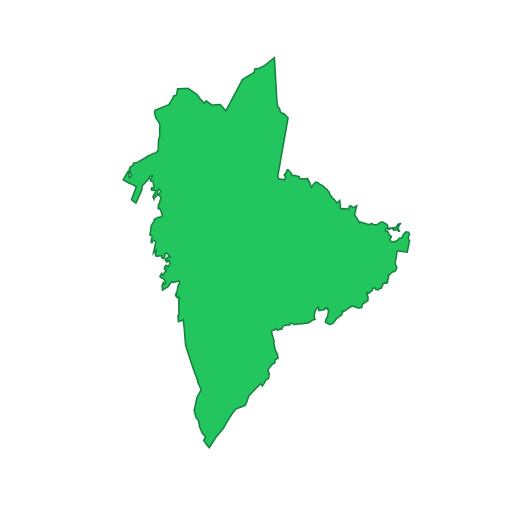 Stalbes pag., Pargaujas, Latvia (Robinson projection), rotated 283°
{"feature_id": "27541924B34232814184003", "entity_name": "Stalbes pag.", "entity_type": "district", "adm_level": 2, "iso_a3": "LVA", "parent_name": "Latvia", "parent_adm1": "Pargaujas", "projection": "robinson", "projection_center": [25.027, 57.415], "detail": "fine", "context": "isolated", "style": "filled", "palette": "green", "viewbox_px": 512, "rotation_deg": 283, "n_neighbors": 0, "source": "geoboundaries", "source_scale": "gbopen_adm2", "svg_char_len": 6121}
<svg xmlns="http://www.w3.org/2000/svg" viewBox="0 0 512 512"><g transform="rotate(283 256 256)"><path d="M319.0,115.8L317.4,115.7L315.2,114.7L315.2,114.4L314.5,113.5L312.5,113.0L308.6,115.0L306.6,116.6L303.8,115.1L305.0,114.4L307.3,113.7L307.7,113.8L309.1,113.2L310.0,112.5L308.2,111.7L300.3,109.5L298.2,116.5L298.1,118.1L296.7,123.8L282.8,122.0L280.5,127.1L295.3,130.0L298.5,129.2L306.7,134.0L309.3,134.3L310.2,135.3L310.8,137.0L309.0,136.9L307.6,135.6L305.3,136.5L305.5,138.4L305.0,139.1L299.6,141.2L299.0,140.4L299.0,139.0L297.4,138.9L296.8,139.5L296.7,140.0L297.1,141.0L297.2,143.5L294.0,143.4L292.9,142.7L290.5,142.3L288.4,143.8L289.3,143.8L293.0,146.0L298.8,145.8L299.1,147.1L297.4,148.7L293.7,147.3L291.4,150.6L288.1,150.0L286.6,150.2L284.3,149.5L282.2,149.6L280.0,150.3L280.9,151.2L278.9,153.0L274.0,155.8L271.9,153.7L272.1,152.5L268.7,148.6L266.7,148.9L265.4,148.2L261.7,147.0L257.6,147.6L252.6,147.8L252.9,148.7L251.6,150.3L249.4,150.8L249.1,150.3L246.8,150.5L245.5,151.0L245.7,151.8L247.2,151.7L248.3,153.9L246.9,155.2L235.7,155.4L238.9,157.2L234.1,157.8L233.6,158.4L233.3,159.1L233.6,160.0L235.2,164.0L233.7,164.2L232.5,165.7L233.0,166.8L235.3,167.2L238.4,166.9L238.6,168.5L235.8,172.7L235.0,170.4L233.9,169.7L233.3,168.7L231.8,168.4L230.1,170.4L231.6,171.0L231.0,171.6L232.0,172.2L230.0,173.6L228.3,173.7L225.4,172.6L226.9,170.8L225.4,169.6L222.8,169.5L222.4,170.6L222.2,172.0L218.6,170.2L216.2,169.7L217.7,167.9L214.4,167.0L213.5,168.6L212.7,171.6L210.6,173.6L208.5,173.7L207.8,172.8L209.3,171.6L205.8,171.2L201.7,172.6L206.4,177.3L212.2,179.6L211.7,181.1L211.9,182.0L214.4,186.7L214.0,186.7L212.6,187.7L209.7,186.8L208.9,187.0L208.5,186.8L206.5,186.8L204.7,187.2L203.4,187.0L202.9,186.7L201.7,186.7L201.4,186.4L200.5,187.1L199.8,186.4L199.2,186.5L199.1,186.8L199.4,186.9L198.9,187.4L199.1,187.5L198.6,187.7L198.6,188.0L198.2,188.1L198.3,188.6L197.7,188.8L198.0,189.4L198.3,189.5L197.9,189.7L198.0,190.3L197.5,190.5L197.6,191.0L196.5,190.5L181.4,194.1L180.3,193.3L174.6,195.2L175.4,196.7L177.5,199.4L169.7,202.2L153.0,207.5L132.2,220.1L121.9,226.9L121.8,227.4L120.2,227.5L113.3,232.7L105.2,230.3L91.6,230.5L85.4,233.7L83.5,236.1L81.8,237.4L77.0,239.4L71.4,243.4L68.3,247.6L64.7,246.5L61.5,249.8L58.6,253.5L70.5,257.8L81.0,263.1L89.2,265.5L96.8,268.2L102.2,270.6L108.1,279.1L111.6,279.8L118.2,280.5L132.5,289.1L130.8,291.4L131.5,291.4L132.5,292.2L137.7,293.6L139.1,295.7L139.4,295.8L144.4,295.4L147.0,293.5L148.4,293.5L153.4,295.7L156.2,298.4L156.8,298.5L158.2,297.9L159.1,297.8L161.5,300.6L165.5,298.6L169.1,295.7L171.3,294.7L174.7,293.1L177.6,292.6L182.0,290.0L186.0,288.1L187.1,288.7L188.1,290.6L189.7,291.5L189.3,291.9L188.5,294.0L189.8,295.3L190.5,297.5L193.9,298.3L194.8,299.5L195.2,301.2L195.9,302.0L196.2,304.3L198.1,304.4L198.5,306.2L197.7,308.6L199.2,312.1L200.2,316.0L201.2,317.9L202.1,321.1L203.2,322.9L206.6,325.8L207.5,327.8L208.2,327.1L212.0,326.0L215.6,326.0L217.1,326.6L220.2,328.0L219.5,328.7L216.9,329.5L219.3,335.1L221.0,335.3L221.4,335.8L221.3,336.2L220.9,336.1L220.8,336.3L221.1,336.8L220.9,336.9L221.1,337.4L220.2,337.8L220.2,338.2L219.9,338.2L220.0,338.6L219.4,338.6L218.8,339.0L213.3,339.3L209.3,338.3L207.0,338.6L205.8,343.3L207.9,346.2L213.5,348.8L217.9,352.7L221.7,352.8L221.3,353.5L224.0,356.4L226.3,357.9L226.2,358.5L227.6,359.1L228.1,360.3L229.0,360.9L228.2,367.2L229.5,370.6L233.0,370.6L237.7,375.1L241.3,374.4L244.6,372.2L245.6,372.3L244.9,373.5L245.0,374.2L248.3,376.8L250.4,377.1L251.4,378.1L251.8,379.0L250.3,380.2L250.6,382.1L250.3,382.5L252.1,383.7L252.7,385.2L253.5,385.5L257.7,386.1L257.8,386.6L259.1,387.6L258.7,387.9L258.6,388.3L258.9,389.6L259.4,389.9L260.8,390.2L261.9,389.4L263.5,390.0L265.4,390.0L266.2,389.2L267.1,389.0L267.3,389.2L267.1,389.8L267.3,390.0L269.8,391.5L271.1,392.5L272.2,394.8L273.4,395.4L276.4,395.8L277.8,395.1L278.1,394.3L280.9,393.0L285.8,393.0L292.2,392.3L292.5,393.0L293.0,393.3L293.7,402.5L305.5,402.2L305.7,401.6L305.8,401.4L308.5,400.2L312.1,400.7L313.5,399.0L313.1,396.4L310.2,394.8L306.5,394.0L305.9,393.4L306.0,392.2L305.8,391.8L303.0,390.2L302.4,389.4L301.7,389.0L301.8,388.6L300.9,387.9L300.7,387.4L300.7,386.4L300.9,386.3L300.5,385.6L300.6,384.0L301.5,383.1L302.3,382.9L303.6,382.9L304.4,383.5L305.1,383.5L306.0,382.6L306.1,381.4L306.6,380.9L308.2,380.2L308.5,379.6L309.9,378.5L309.1,377.2L309.2,376.8L309.7,376.4L311.8,376.4L312.2,376.8L312.4,377.9L311.7,379.0L311.8,379.5L312.8,380.6L313.5,382.4L313.2,383.2L312.3,384.1L312.4,385.5L313.4,387.2L313.4,387.7L312.2,389.3L312.3,390.0L312.7,390.2L313.6,388.8L314.3,388.7L314.7,388.3L315.6,388.2L318.3,388.6L319.6,389.2L320.2,390.1L320.1,389.0L318.9,387.7L318.9,387.2L316.3,386.4L315.5,385.9L314.5,384.4L314.2,382.7L313.1,380.3L313.0,378.1L315.1,377.4L316.2,376.4L316.4,375.1L317.3,373.3L317.5,371.1L317.3,370.2L314.2,367.4L313.3,365.6L313.1,364.7L313.1,363.2L313.8,361.8L313.7,361.4L312.0,359.0L312.6,350.0L311.9,349.5L312.6,349.4L312.6,348.5L318.5,342.8L327.6,342.8L325.0,339.9L326.2,336.9L325.7,335.9L322.1,335.7L322.3,333.0L321.2,327.8L328.9,325.1L325.9,322.9L328.2,320.1L329.8,317.5L332.8,313.9L334.6,313.1L335.7,311.3L336.9,310.2L337.0,309.5L339.4,305.4L340.3,301.6L341.3,300.1L341.5,297.6L339.0,296.0L335.3,294.6L340.6,291.1L340.3,290.5L343.0,289.0L342.3,288.8L342.7,288.5L341.0,280.9L343.2,280.1L342.8,278.3L343.1,277.8L343.3,276.2L342.5,272.8L343.3,272.7L345.2,270.9L347.2,267.9L347.0,267.0L342.9,266.5L343.2,266.2L341.1,265.3L339.8,267.1L336.5,266.7L336.7,264.9L336.3,262.0L335.9,261.3L337.3,260.2L337.9,259.3L397.7,256.2L401.2,250.9L400.6,250.6L401.0,249.1L402.0,247.4L403.3,246.5L404.7,246.1L406.5,243.5L412.8,241.2L453.4,229.3L443.6,221.6L439.8,217.2L438.9,215.4L437.9,212.6L434.4,212.9L425.0,203.1L390.7,194.0L395.6,187.1L393.1,179.2L396.0,172.6L393.3,171.2L396.2,166.6L399.9,162.5L404.1,152.1L401.3,142.0L395.7,142.3L394.6,141.9L393.5,139.8L390.0,139.1L383.8,137.0L375.3,124.9L373.3,124.7L369.2,126.7L367.3,128.0L365.3,130.4L363.0,132.4L361.5,133.1L356.8,133.7L351.9,135.2L347.2,134.9L336.9,136.9L333.9,135.3L333.2,133.6L331.9,131.7L330.1,130.0L329.5,128.2L328.5,127.7L326.3,125.5L319.9,118.5L319.0,115.8Z" fill="#22c55e" stroke="#15803d" stroke-width="1.5"/></g></svg>